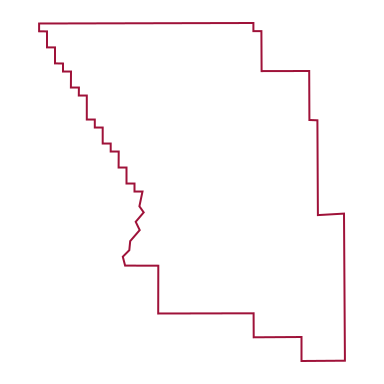 Treasure, Montana, United States of America
{"feature_id": "52423323B86233996711525", "entity_name": "Treasure", "entity_type": "district", "adm_level": 2, "iso_a3": "USA", "parent_name": "United States of America", "parent_adm1": "Montana", "projection": "orthographic", "projection_center": [-107.432, 46.176], "detail": "fine", "context": "isolated", "style": "outline", "palette": "rose", "viewbox_px": 384, "rotation_deg": 0, "n_neighbors": 0, "source": "geoboundaries", "source_scale": "gbopen_adm2", "svg_char_len": 727}
<svg xmlns="http://www.w3.org/2000/svg" viewBox="0 0 384 384"><path d="M39.1,23.5L39.1,31.3L47.0,31.4L47.0,47.4L55.0,47.4L55.0,63.4L63.0,63.5L63.0,71.5L71.0,71.5L70.9,87.5L78.9,87.5L78.8,95.5L86.8,95.5L86.8,119.5L94.8,119.5L94.8,127.5L102.7,127.5L102.7,143.5L110.7,143.5L110.7,151.5L118.7,151.5L118.6,167.5L126.5,167.5L126.5,183.5L134.5,183.5L134.5,191.5L142.5,191.5L139.4,206.3L143.7,212.4L135.7,221.8L139.7,230.1L130.2,241.1L129.3,250.2L122.8,256.7L125.1,265.6L158.3,265.7L158.2,313.5L253.6,313.3L253.7,337.3L301.5,337.0L301.5,361.0L344.9,360.7L344.9,355.7L344.0,213.6L317.9,215.1L317.4,120.3L309.4,120.0L309.2,71.0L261.6,71.1L261.4,31.1L253.4,31.1L253.4,23.0L39.1,23.5Z" fill="none" stroke="#9f1239" stroke-width="2"/></svg>